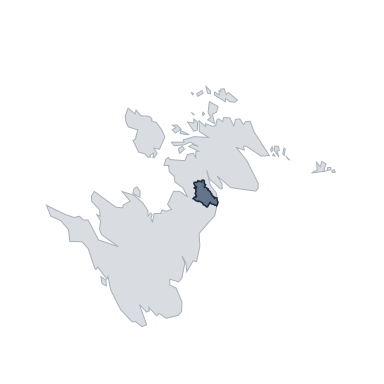 Scottish Borders on a map of United Kingdom (Equal Earth projection), rotated 63°
{"feature_id": "GBR-2026", "entity_name": "Scottish Borders", "entity_type": "Unitary District", "adm_level": 1, "iso_a3": "GBR", "parent_name": "United Kingdom", "parent_adm1": "", "projection": "equal_earth", "projection_center": [-2.709, 55.532], "detail": "fine", "context": "in_parent", "style": "filled", "palette": "slate", "viewbox_px": 384, "rotation_deg": 63, "n_neighbors": 0, "source": "natural_earth", "source_scale": "10m", "svg_char_len": 6261}
<svg xmlns="http://www.w3.org/2000/svg" viewBox="0 0 384 384"><g transform="rotate(63 192 192)"><path d="M207.3,282.5L189.0,291.9L183.2,291.3L176.2,286.5L168.9,287.1L172.0,284.7L165.7,282.5L154.7,285.6L150.0,283.4L147.1,278.8L170.9,266.8L174.6,261.1L172.5,259.3L172.1,251.2L159.8,254.1L168.6,245.1L179.3,240.8L188.5,239.8L193.3,242.1L191.9,238.5L194.0,237.7L197.1,240.9L200.6,240.8L194.0,235.4L196.9,229.7L194.4,226.8L197.5,223.7L198.2,218.1L191.9,219.4L183.1,208.1L185.8,202.7L194.7,198.1L184.0,198.2L175.5,202.5L169.4,200.8L163.9,203.1L157.7,200.8L155.7,204.9L151.1,200.5L150.4,197.2L152.9,197.2L160.9,184.1L156.5,179.1L158.0,173.2L163.0,173.0L157.7,170.2L158.6,167.5L150.0,174.3L149.9,169.8L154.6,165.6L146.6,171.0L146.4,177.3L142.7,186.9L138.3,187.6L144.0,176.4L141.6,176.2L143.6,165.1L150.9,152.4L141.4,158.1L131.7,153.4L140.0,150.1L137.3,148.9L142.9,143.9L143.6,140.7L139.0,137.1L138.9,134.9L143.4,132.9L140.1,130.0L143.0,124.8L152.1,124.8L147.0,120.2L148.6,116.1L155.3,115.5L153.7,112.5L155.2,108.1L166.9,109.4L194.6,106.5L191.4,114.1L175.7,122.9L174.7,125.5L178.3,126.3L172.6,132.2L189.6,128.9L214.3,129.1L218.5,131.3L220.2,134.7L205.7,155.5L189.2,162.3L197.9,161.5L202.6,163.4L202.2,165.1L188.1,170.7L179.3,169.0L194.5,172.7L203.7,170.8L213.0,173.9L223.2,182.3L232.1,204.5L243.8,209.6L256.2,219.6L253.8,222.1L260.7,232.9L252.5,229.6L244.4,229.9L252.1,230.7L264.1,240.1L266.0,244.7L259.6,251.4L264.6,254.0L270.4,249.8L285.4,250.9L293.7,255.5L295.7,260.1L292.8,272.3L285.3,276.3L286.3,279.7L275.2,282.8L278.4,283.9L278.3,287.1L268.4,289.9L289.6,292.7L289.4,297.6L281.9,301.2L280.2,304.5L264.1,309.0L242.8,308.9L229.2,305.3L231.0,307.4L216.0,310.0L217.5,312.7L215.9,313.3L195.2,310.2L186.5,312.5L180.5,323.3L169.4,319.1L157.9,321.9L149.4,328.8L137.8,327.7L154.4,315.2L161.2,308.6L162.6,303.1L167.4,301.8L169.8,297.4L192.3,297.0L207.3,282.5ZM132.3,221.4L119.2,221.2L119.3,218.5L112.0,212.2L105.1,219.2L99.3,219.0L94.1,217.1L88.3,210.9L96.6,207.3L93.5,204.6L101.0,202.8L104.8,196.2L108.2,194.5L110.6,195.6L113.8,192.2L123.6,190.7L130.8,191.3L139.1,201.6L135.6,206.1L141.8,205.5L144.0,209.7L143.7,211.2L139.9,208.5L140.1,212.8L142.1,213.1L141.1,215.6L136.5,216.6L132.3,221.4ZM131.4,113.0L128.8,117.3L124.1,119.6L126.7,121.3L115.7,128.0L113.2,126.4L117.9,123.7L113.9,121.8L115.4,120.6L113.4,119.5L114.7,116.5L120.7,117.3L119.8,114.5L130.8,109.7L131.4,113.0ZM132.0,134.0L132.0,138.7L141.4,140.8L134.8,145.3L134.0,141.5L128.1,141.4L119.4,135.5L127.8,130.0L132.0,134.0ZM227.9,59.9L232.0,64.3L234.0,63.7L229.3,76.9L229.4,70.5L222.0,67.5L227.7,66.3L223.8,62.5L227.9,59.9ZM138.7,162.8L127.7,164.1L131.4,159.1L127.8,157.2L132.2,155.3L139.1,159.1L138.7,162.8ZM167.7,237.9L173.3,240.9L166.4,245.4L162.7,242.1L162.4,238.8L167.7,237.9ZM131.2,173.2L131.9,180.1L127.4,181.4L127.6,177.0L123.6,179.1L125.4,175.1L131.2,173.2ZM194.6,95.4L194.2,97.6L200.4,98.8L192.3,99.7L188.6,97.3L190.7,94.3L194.6,95.4ZM152.0,185.4L147.4,184.6L146.7,179.9L150.5,179.3L152.0,185.4ZM236.8,311.0L232.8,313.7L226.1,311.6L231.5,308.7L236.8,311.0ZM134.4,176.1L132.4,174.1L139.6,168.5L138.1,171.3L134.4,176.1ZM110.6,129.6L112.9,131.0L111.0,133.3L104.3,131.6L110.6,129.6ZM109.3,143.6L106.6,143.2L106.2,137.0L109.1,137.2L109.3,143.6ZM234.2,62.1L231.8,60.0L233.1,57.3L235.1,58.1L234.2,62.1ZM201.1,93.3L199.3,93.9L194.6,90.0L196.2,89.5L201.1,93.3ZM192.4,102.7L190.1,103.0L187.8,99.9L190.2,100.0L192.4,102.7ZM239.4,55.2L238.4,58.1L236.5,57.8L236.6,55.2L239.4,55.2ZM207.0,91.3L202.4,92.2L207.5,90.6L207.0,91.3ZM128.9,147.3L127.5,147.6L125.8,146.0L128.0,145.2L128.9,147.3ZM197.7,101.9L196.1,103.6L194.9,102.0L197.7,101.9ZM123.5,155.7L120.7,156.5L124.5,154.7L123.5,155.7ZM105.7,147.3L103.9,147.6L103.2,147.1L105.0,146.0L105.7,147.3Z" fill="#d9dde1" stroke="#a8b0b8" stroke-width="1"/><path d="M215.6,176.4L214.6,176.6L214.4,176.7L214.4,176.9L214.3,177.3L214.2,177.4L214.2,177.6L213.6,178.0L213.2,178.1L212.9,178.3L212.7,178.5L212.4,178.8L212.3,179.0L211.2,180.2L211.1,180.3L210.9,180.4L210.6,180.4L209.7,180.4L209.5,180.5L209.4,180.5L209.3,180.8L209.4,181.0L209.8,181.2L209.9,181.3L210.0,181.5L210.3,181.8L210.4,182.0L210.8,182.9L211.1,183.3L211.4,183.6L211.6,183.9L211.6,184.0L211.7,184.3L212.2,184.8L212.3,185.0L212.3,185.3L212.2,185.4L212.0,185.6L211.7,185.8L211.3,186.0L211.1,186.1L210.5,186.2L210.2,186.3L210.0,186.5L209.4,186.7L209.3,186.8L209.1,187.0L208.9,187.3L208.8,187.5L208.7,187.6L208.3,187.8L208.1,187.8L207.9,187.7L207.7,187.6L207.3,187.5L206.8,187.6L206.5,187.7L204.7,188.8L203.6,189.8L203.3,190.0L203.2,190.1L203.2,190.3L203.2,190.5L203.3,190.5L203.3,191.0L203.2,191.1L202.8,191.2L202.4,191.4L202.0,192.0L201.7,192.3L201.3,192.6L200.7,192.9L199.8,193.2L199.4,193.3L199.1,193.4L198.5,194.0L198.4,193.4L197.9,193.1L197.7,192.9L197.8,191.7L198.3,191.3L198.3,191.0L198.2,190.8L197.5,190.8L197.4,190.7L197.6,190.4L198.1,190.2L198.0,189.9L197.7,189.8L197.0,189.7L196.6,189.5L196.0,189.7L195.5,190.0L195.2,189.8L194.7,189.9L194.5,189.7L194.5,189.4L194.3,189.0L193.4,188.4L193.4,188.0L193.3,187.9L192.8,187.8L192.1,187.9L191.7,187.6L191.2,187.4L190.1,187.8L189.6,188.2L189.2,188.1L189.2,187.6L189.2,187.0L189.6,186.6L190.5,186.2L190.3,185.9L189.5,185.9L188.9,185.7L188.5,186.2L188.3,186.4L187.0,186.4L186.3,186.5L185.1,186.4L184.4,185.7L184.9,184.6L184.9,184.3L185.5,183.7L185.4,183.0L185.5,182.8L185.4,182.6L185.1,182.4L185.1,182.1L184.6,181.6L184.8,181.4L185.6,181.3L185.8,180.9L185.8,180.7L185.6,180.6L185.6,180.3L187.4,178.8L187.2,178.7L186.8,178.7L186.5,178.6L186.5,178.2L186.0,177.5L186.1,177.3L186.5,177.0L186.5,176.6L186.8,176.3L187.4,176.1L187.5,176.0L187.9,176.1L188.1,176.2L188.6,176.6L189.4,176.7L189.5,177.0L189.9,177.2L190.7,177.1L191.7,176.5L192.1,177.0L192.1,177.4L192.5,178.0L192.5,178.5L193.0,178.7L193.6,178.6L193.6,178.4L193.5,178.1L194.0,177.7L196.7,176.1L196.8,176.1L197.0,176.4L196.9,176.9L197.4,176.9L197.8,176.8L198.4,176.2L198.9,176.1L199.2,176.0L200.0,175.5L200.9,175.8L202.6,175.3L202.9,175.4L202.9,175.7L203.8,175.8L204.1,175.7L204.4,175.4L204.8,175.4L205.1,175.1L205.7,175.0L206.0,175.2L206.3,174.9L207.3,174.9L207.6,174.6L207.9,174.7L207.8,174.3L207.1,174.1L208.3,173.1L208.5,172.8L208.6,172.6L208.8,172.8L209.7,173.1L213.0,173.5L213.3,173.8L213.3,174.0L213.5,174.3L214.0,174.4L214.4,174.7L215.6,176.4Z" fill="#64748b" stroke="#1e293b" stroke-width="1.5"/></g></svg>